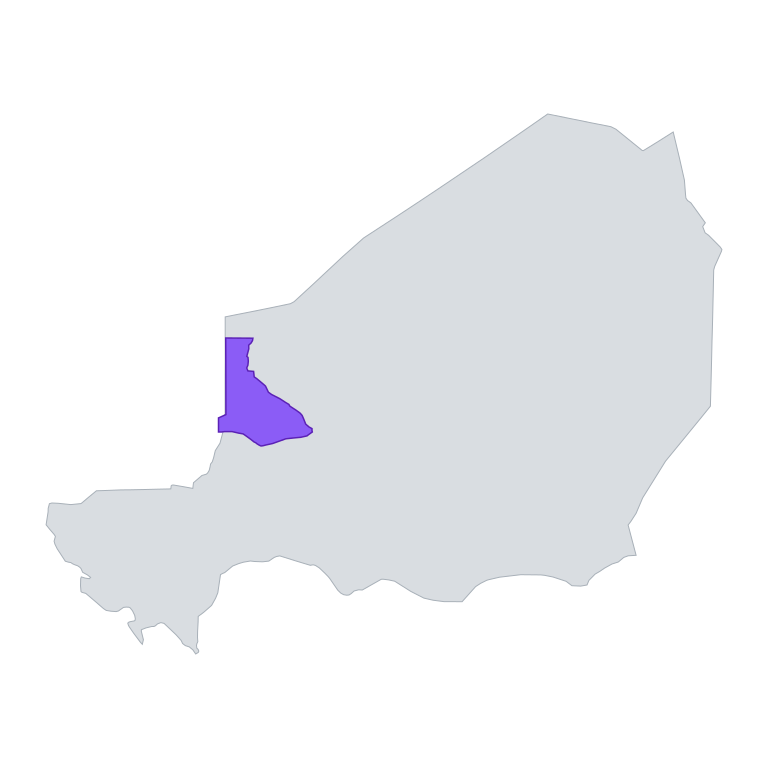 Tassara, Tahoua, Niger (highlighted)
{"feature_id": "23599985B43997741220428", "entity_name": "Tassara", "entity_type": "district", "adm_level": 2, "iso_a3": "NER", "parent_name": "Niger", "parent_adm1": "Tahoua", "projection": "orthographic", "projection_center": [5.154, 17.489], "detail": "fine", "context": "in_parent", "style": "filled", "palette": "violet", "viewbox_px": 768, "rotation_deg": 0, "n_neighbors": 0, "source": "geoboundaries", "source_scale": "gbopen_adm2", "svg_char_len": 3922}
<svg xmlns="http://www.w3.org/2000/svg" viewBox="0 0 768 768"><path d="M636.1,555.3L628.2,555.8L623.8,557.4L618.3,562.0L612.0,564.0L604.4,568.2L599.6,571.5L595.1,574.1L588.9,580.4L587.0,585.0L580.7,586.1L571.9,585.7L566.1,581.3L553.0,577.0L544.5,575.3L540.6,574.9L520.7,574.7L499.5,577.2L488.7,579.7L486.7,580.3L480.7,583.3L475.6,586.6L462.1,601.7L443.8,601.6L433.0,600.2L423.9,598.1L410.8,591.4L394.7,581.2L388.6,579.9L383.0,579.2L381.2,579.3L362.3,590.0L358.6,589.8L354.1,591.0L351.2,593.6L349.0,595.0L346.7,595.2L343.7,594.7L340.8,593.1L337.8,590.2L329.9,578.7L328.3,576.7L324.9,573.2L319.3,567.9L315.4,565.4L313.1,564.8L310.3,565.3L295.1,560.7L279.8,555.9L276.5,556.5L274.1,557.5L268.8,561.1L262.6,561.8L254.7,561.5L250.4,561.0L243.4,562.2L238.7,563.6L232.7,566.0L224.7,572.6L222.5,573.5L220.5,574.6L217.8,592.8L215.6,598.2L211.6,605.4L203.7,612.3L198.2,616.4L198.1,622.0L197.6,631.2L197.5,637.5L197.8,641.7L196.9,643.6L196.5,645.4L196.8,648.1L198.1,649.4L198.8,651.1L198.3,652.4L195.7,654.0L192.9,649.9L189.3,646.9L185.3,645.6L182.6,643.5L181.2,640.5L176.1,634.8L164.1,623.4L162.9,623.1L160.9,622.6L157.5,623.9L155.4,625.8L153.9,626.5L151.7,626.5L146.0,627.9L141.4,629.7L141.3,631.2L143.4,639.7L142.3,644.3L140.3,642.1L133.8,633.4L129.3,626.9L128.5,625.5L127.8,623.3L128.3,622.4L130.1,621.7L134.3,620.9L135.1,620.3L135.3,618.5L134.7,615.3L132.5,610.8L130.1,607.8L128.7,607.2L126.2,607.1L123.5,607.4L118.4,611.0L116.1,611.6L110.9,611.2L106.2,610.4L103.4,608.5L95.0,601.2L85.8,593.4L81.9,592.3L81.0,591.5L80.5,585.7L80.7,578.7L81.3,576.9L85.2,578.1L89.3,578.7L90.6,577.4L87.4,574.9L82.7,572.3L80.9,568.4L79.6,567.1L77.5,565.7L75.1,564.9L72.6,563.8L70.9,562.6L68.2,562.1L65.3,561.2L61.2,554.9L57.2,548.8L54.9,544.1L54.1,541.2L55.4,536.4L54.2,534.5L49.8,529.4L46.1,524.8L47.2,517.7L48.1,511.9L48.2,508.2L48.8,506.1L49.4,503.7L51.9,503.0L58.3,503.3L70.8,504.6L80.8,503.6L81.3,503.4L88.5,497.3L96.4,490.8L108.2,490.4L120.9,489.9L130.9,489.8L145.4,489.5L157.2,489.2L170.8,488.9L171.2,485.8L172.1,485.1L173.4,485.0L183.4,486.7L192.8,488.4L193.5,482.7L201.9,475.5L206.5,474.1L207.7,472.9L209.2,470.4L210.1,466.7L210.6,464.0L212.3,461.8L213.6,457.8L215.3,450.6L220.0,443.2L222.7,433.0L223.1,423.2L223.7,415.8L225.1,414.2L225.1,401.0L225.1,387.7L225.1,376.4L225.2,362.4L225.2,350.1L225.2,336.8L225.2,324.8L225.2,316.9L234.6,315.0L244.3,313.1L258.4,310.3L273.7,307.2L290.4,303.7L294.1,301.7L306.6,290.2L312.3,285.0L323.4,274.6L332.0,266.6L342.9,256.4L354.4,246.2L363.6,238.0L378.0,228.6L399.6,214.5L421.1,200.3L442.5,186.0L463.7,171.7L484.9,157.4L506.0,142.9L526.9,128.5L547.7,114.0L569.4,118.4L590.1,122.6L610.9,126.7L615.9,129.2L627.4,138.5L642.1,150.4L642.8,150.6L643.4,150.6L656.4,142.6L673.2,132.0L679.4,157.9L684.4,180.1L685.5,194.3L685.9,198.1L687.5,200.5L690.9,202.9L705.3,222.8L702.7,226.6L705.1,232.8L708.7,235.4L720.3,247.1L721.9,249.5L721.4,251.4L714.7,266.4L713.7,270.0L713.3,288.6L713.0,301.7L712.6,319.7L712.0,341.3L711.6,359.4L711.0,383.5L710.4,406.2L699.8,419.3L680.9,442.4L665.5,461.2L657.8,473.6L642.7,497.8L636.1,513.3L630.8,521.5L628.1,525.0L631.0,536.0L636.1,555.3Z" fill="#d9dde1" stroke="#a8b0b8" stroke-width="1"/><path d="M272.7,443.5L285.8,438.8L294.2,437.9L300.7,437.3L307.0,435.9L308.5,434.7L312.3,432.0L312.0,430.5L312.0,428.6L308.9,426.9L305.7,424.1L303.6,418.8L302.1,415.4L300.2,413.2L295.8,410.0L293.3,408.4L289.8,406.1L288.9,404.4L285.5,402.4L280.0,398.8L271.6,394.5L268.4,392.2L265.5,386.1L264.2,384.9L256.7,378.6L254.2,376.9L253.6,371.4L247.9,370.9L246.7,368.0L247.9,365.2L248.3,361.2L248.0,357.4L246.8,356.4L248.8,348.8L248.7,345.2L251.1,343.0L252.5,340.6L252.9,338.2L225.7,338.0L225.8,362.4L225.9,414.6L218.5,417.9L218.5,432.0L221.5,432.0L224.4,431.6L232.1,431.6L238.6,433.1L243.1,433.9L244.6,434.9L247.0,436.6L250.3,439.0L254.1,442.0L255.7,442.7L256.7,443.6L259.1,445.1L260.8,445.9L261.9,445.9L263.6,445.6L265.8,445.0L272.7,443.5Z" fill="#8b5cf6" stroke="#5b21b6" stroke-width="1.5"/></svg>